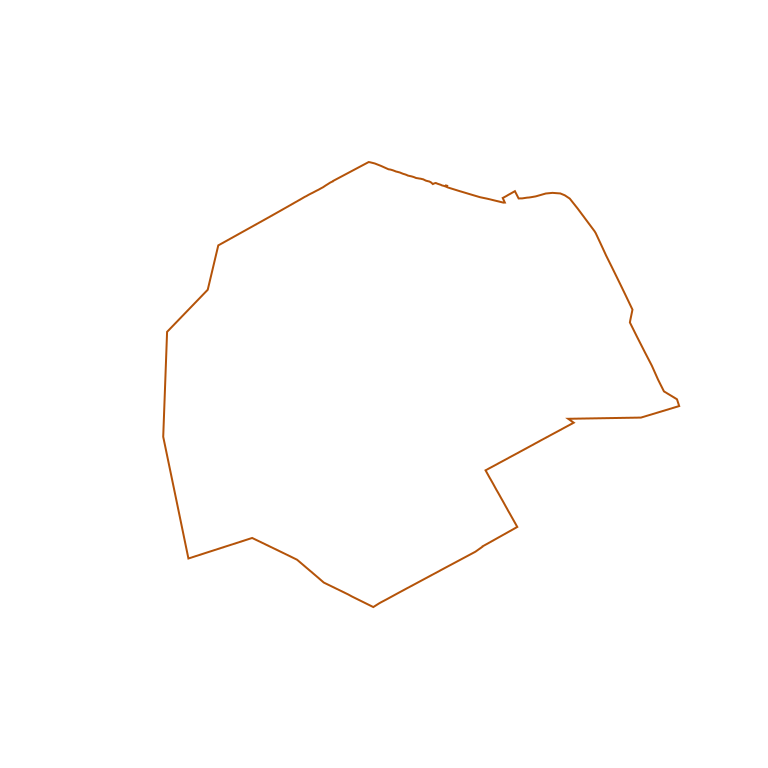 outline of San Francisco Lachigoló, Oaxaca, Mexico, rotated 228°
{"feature_id": "50627088B79182667704581", "entity_name": "San Francisco Lachigoló", "entity_type": "district", "adm_level": 2, "iso_a3": "MEX", "parent_name": "Mexico", "parent_adm1": "Oaxaca", "projection": "mercator", "projection_center": [-96.594, 17.027], "detail": "fine", "context": "isolated", "style": "outline", "palette": "amber", "viewbox_px": 768, "rotation_deg": 228, "n_neighbors": 0, "source": "geoboundaries", "source_scale": "gbopen_adm2", "svg_char_len": 2194}
<svg xmlns="http://www.w3.org/2000/svg" viewBox="0 0 768 768"><g transform="rotate(228 384 384)"><path d="M236.9,463.8L228.3,499.1L234.9,497.6L187.1,552.5L170.1,588.6L176.6,591.5L191.2,587.1L203.9,590.6L218.4,595.3L232.6,599.0L250.1,603.7L265.2,607.9L266.9,610.1L268.3,612.0L271.3,616.1L273.0,618.4L288.2,622.9L300.6,626.5L318.2,631.5L330.8,635.0L340.1,637.9L354.5,642.3L356.6,642.7L365.3,643.5L384.6,645.3L397.5,646.1L403.3,644.6L407.7,642.5L408.6,641.6L413.3,637.1L415.0,634.8L417.3,631.7L421.9,622.3L424.6,618.0L425.6,616.5L426.7,615.1L429.4,611.0L431.8,608.2L439.7,610.3L440.9,604.9L441.4,602.8L441.8,600.7L442.8,596.7L438.0,595.2L438.9,594.1L452.5,584.8L458.5,580.4L464.2,576.9L475.7,569.9L476.5,569.4L487.1,563.1L488.6,562.4L489.1,563.5L490.2,562.8L490.2,561.6L491.6,560.8L492.7,560.0L494.2,559.4L495.4,558.7L496.8,557.9L497.8,557.4L498.7,557.0L499.3,555.9L499.6,555.2L499.9,554.1L500.9,554.0L502.5,553.8L504.1,553.2L506.0,551.9L507.1,551.2L508.8,550.5L509.7,550.2L510.7,549.5L511.9,548.7L512.3,548.4L512.5,548.2L513.2,547.6L513.9,547.1L515.6,545.7L517.9,544.6L520.0,543.3L521.5,542.2L523.1,541.1L524.2,540.7L525.3,540.1L525.7,539.9L527.3,538.9L528.9,538.1L530.6,537.3L531.8,536.5L532.9,535.8L533.7,535.2L535.5,534.3L536.5,533.8L537.0,533.5L537.7,533.1L539.0,532.3L540.6,531.0L546.3,528.5L548.3,527.6L554.1,524.7L558.1,522.0L559.2,521.1L569.0,481.9L568.8,481.6L569.2,480.5L569.7,478.6L570.1,476.1L570.6,473.3L571.0,470.4L571.6,468.0L572.2,465.3L572.8,463.2L573.5,460.4L573.9,458.8L574.4,457.1L575.1,454.4L575.6,452.0L576.1,450.3L576.7,447.4L576.8,446.9L583.3,417.4L589.6,389.7L597.9,353.6L572.0,316.1L567.9,257.7L492.5,184.6L437.0,152.2L385.2,121.9L357.8,183.0L327.2,195.5L311.6,201.8L288.4,204.9L276.7,206.4L252.0,216.4L251.5,216.6L247.5,218.0L225.4,226.8L224.2,233.8L223.8,235.6L222.3,241.5L219.3,254.1L216.8,264.4L214.8,272.4L212.6,281.4L206.4,306.7L198.2,339.7L197.2,348.4L197.4,348.6L194.3,362.1L188.6,387.4L201.5,390.3L203.7,390.8L206.6,391.4L209.0,392.0L211.3,392.5L217.7,394.0L220.5,394.6L223.5,395.3L227.1,396.1L230.0,396.7L233.4,397.5L237.2,398.4L239.5,398.9L242.2,399.5L243.7,399.8L251.9,401.7L240.4,449.1L236.9,463.8Z" fill="none" stroke="#b45309" stroke-width="2"/></g></svg>